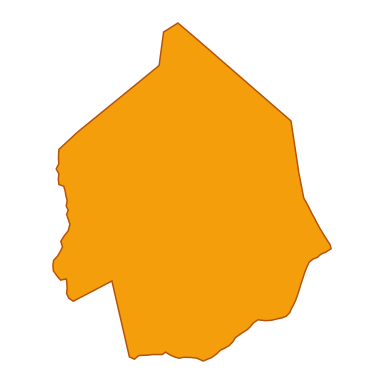 outline of Nossa Senhora dos Remédios, Piauí, Brazil
{"feature_id": "56859067B87957430353359", "entity_name": "Nossa Senhora dos Remédios", "entity_type": "district", "adm_level": 2, "iso_a3": "BRA", "parent_name": "Brazil", "parent_adm1": "Piauí", "projection": "mercator", "projection_center": [-42.607, -4.016], "detail": "fine", "context": "isolated", "style": "filled", "palette": "amber", "viewbox_px": 384, "rotation_deg": 0, "n_neighbors": 0, "source": "geoboundaries", "source_scale": "gbopen_adm2", "svg_char_len": 1363}
<svg xmlns="http://www.w3.org/2000/svg" viewBox="0 0 384 384"><path d="M319.7,228.1L316.1,221.4L314.1,217.4L312.0,213.8L310.1,209.8L306.9,203.7L303.7,197.8L298.6,171.6L297.5,164.0L291.0,121.0L199.8,41.7L177.9,23.0L163.6,32.0L159.1,65.5L143.0,78.7L79.6,130.4L76.4,133.1L59.0,149.3L58.6,153.5L58.5,158.2L58.8,163.8L56.2,168.9L58.9,173.9L58.3,179.1L58.9,184.5L63.7,186.2L65.2,191.2L65.9,195.8L67.2,200.4L66.2,206.0L68.2,210.2L66.6,214.4L68.2,219.1L69.9,224.3L68.2,230.8L64.6,235.3L60.8,241.3L62.5,246.9L60.3,251.4L57.5,256.2L53.6,260.4L52.9,265.5L53.4,270.9L57.6,276.7L60.6,280.1L66.4,279.0L66.9,283.7L67.1,288.2L66.6,293.5L68.9,298.3L73.3,301.2L111.9,281.0L129.4,356.9L134.4,359.2L138.8,355.5L147.1,355.2L153.1,354.5L157.4,354.5L162.3,354.5L165.6,352.1L169.9,354.9L174.8,357.0L179.0,358.2L184.2,357.2L190.9,357.5L196.7,358.1L203.2,361.0L211.5,357.6L216.6,353.9L220.4,350.2L224.6,348.2L229.1,345.6L232.7,342.0L235.4,337.7L240.0,334.3L243.7,331.9L247.3,329.6L250.4,326.6L253.2,323.0L258.0,319.8L265.7,320.7L271.8,320.2L277.1,318.9L282.1,317.8L286.3,316.2L289.9,312.4L291.4,308.6L293.7,304.5L295.8,299.8L297.7,294.5L299.3,289.5L300.7,284.6L302.0,280.8L303.5,276.3L304.8,272.2L306.7,267.3L309.1,262.2L312.9,259.2L317.6,257.2L321.0,254.1L325.5,252.3L331.1,248.7L330.1,244.7L327.5,240.7L323.2,233.9L319.7,228.1Z" fill="#f59e0b" stroke="#b45309" stroke-width="1.5"/></svg>